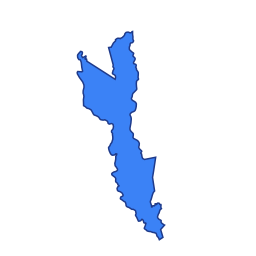 the district of Woodlands, Laborie, Saint Lucia, rotated 203°
{"feature_id": "8701671B68052266894517", "entity_name": "Woodlands", "entity_type": "district", "adm_level": 2, "iso_a3": "LCA", "parent_name": "Saint Lucia", "parent_adm1": "Laborie", "projection": "orthographic", "projection_center": [-60.983, 13.799], "detail": "fine", "context": "isolated", "style": "filled", "palette": "blue", "viewbox_px": 256, "rotation_deg": 203, "n_neighbors": 0, "source": "geoboundaries", "source_scale": "gbopen_adm2", "svg_char_len": 5817}
<svg xmlns="http://www.w3.org/2000/svg" viewBox="0 0 256 256"><g transform="rotate(203 128 128)"><path d="M65.7,66.8L66.2,67.1L67.0,68.4L67.5,70.0L67.8,70.4L68.6,70.1L69.0,70.1L69.5,70.7L70.1,70.9L71.3,70.5L71.7,69.8L71.7,69.0L71.8,68.8L72.2,68.9L72.7,69.2L73.4,68.8L73.0,67.4L73.2,66.8L74.7,66.1L75.0,65.8L74.8,65.5L74.9,65.1L75.4,64.0L75.4,64.4L75.7,65.0L76.1,65.8L76.8,66.6L77.7,67.6L78.3,68.3L78.8,69.2L78.8,70.7L78.8,71.4L79.4,76.0L79.5,78.1L79.2,79.8L78.9,80.4L86.1,92.1L87.4,97.5L91.1,111.9L100.5,105.5L102.2,105.6L102.7,105.8L103.2,106.3L103.8,106.9L105.4,109.4L106.3,109.8L106.5,110.4L106.2,111.5L106.2,111.8L106.5,112.2L108.0,112.8L109.3,113.3L110.3,114.1L110.7,114.6L110.8,115.3L110.9,116.2L111.3,117.5L111.6,118.3L112.8,119.4L114.1,120.1L115.2,120.3L118.7,120.6L119.6,121.1L119.9,121.8L120.1,122.8L120.7,124.4L121.2,125.0L123.2,125.8L124.4,126.4L125.1,126.9L125.8,127.8L126.2,128.9L126.8,131.6L127.3,133.8L128.5,137.5L129.1,138.6L129.9,139.6L130.9,140.4L131.3,140.9L131.4,141.2L131.5,141.9L131.4,142.4L131.0,143.2L130.8,143.8L129.1,145.5L128.7,146.1L128.4,146.7L128.3,147.4L128.4,148.8L128.8,150.9L129.5,152.9L129.8,153.6L131.0,154.6L131.6,154.7L132.2,154.9L134.6,155.2L135.2,155.4L136.2,156.1L136.5,156.9L136.4,157.4L136.4,158.3L136.5,158.8L136.9,160.2L137.0,161.0L137.0,161.7L136.5,163.0L135.3,166.1L135.1,166.7L135.1,167.1L135.4,167.8L136.4,169.5L137.8,172.3L137.9,173.0L138.3,173.6L138.3,174.3L138.3,174.8L138.0,175.8L137.5,176.4L137.4,176.7L137.4,177.0L137.8,177.7L138.1,178.0L138.4,178.3L138.7,179.0L139.3,180.9L140.0,182.6L140.3,183.1L140.8,183.6L142.6,184.7L142.9,184.9L143.7,186.3L144.7,187.0L144.7,188.2L144.9,188.8L145.2,189.3L145.4,189.4L145.8,189.6L147.8,189.5L148.0,189.6L148.3,189.9L148.5,190.6L148.5,191.3L148.3,193.0L148.3,193.7L148.4,194.4L148.6,194.7L149.1,195.2L149.8,195.5L151.2,196.0L151.5,196.2L151.8,197.0L151.8,197.4L151.9,198.8L152.0,199.0L152.4,199.2L153.6,199.4L156.0,200.2L157.2,200.7L157.6,201.1L158.4,203.0L158.4,203.4L158.4,204.7L158.8,205.8L158.9,206.9L158.8,207.2L157.7,208.0L157.3,208.3L157.1,208.6L156.9,209.6L156.9,210.4L157.7,211.1L158.3,211.9L159.1,213.9L160.2,215.7L160.7,216.7L160.9,217.3L161.5,218.6L162.0,218.1L162.1,217.4L162.5,216.9L163.0,216.5L163.5,216.4L164.8,216.4L165.4,216.3L166.5,215.7L167.2,215.1L167.5,214.2L167.7,213.3L167.5,212.5L167.6,211.7L167.9,210.6L168.2,210.2L168.5,209.2L168.9,208.7L169.7,207.9L169.8,207.5L170.1,207.2L170.6,207.3L170.9,207.2L172.4,206.7L172.6,206.5L173.2,205.9L173.6,205.1L174.0,204.6L174.0,204.2L173.8,204.0L173.5,203.5L173.6,203.0L174.4,201.2L174.5,200.8L174.7,200.2L174.9,197.3L175.1,196.2L175.0,195.9L177.3,194.5L166.2,180.2L166.0,179.2L165.9,178.7L165.7,178.4L165.3,178.1L164.9,178.0L164.4,177.5L164.0,176.9L164.2,174.6L163.9,173.9L164.0,173.2L163.6,172.1L163.0,171.8L161.1,171.6L160.0,171.1L159.3,169.9L159.0,168.8L158.9,167.8L192.0,173.4L192.3,174.1L193.2,175.3L193.6,175.1L194.0,174.7L194.3,174.7L194.6,175.0L194.6,175.6L194.4,176.9L194.5,177.3L195.0,177.8L197.1,175.1L197.4,175.1L198.2,175.7L199.2,176.6L199.3,177.0L199.0,177.9L199.3,179.4L199.9,180.1L200.5,180.2L201.1,180.1L201.7,179.9L201.7,179.6L202.5,177.4L202.9,175.7L202.7,174.8L201.8,173.1L200.0,171.8L198.7,172.1L197.8,171.4L196.6,170.0L194.3,165.9L192.0,162.6L192.4,161.7L196.3,160.4L196.5,159.4L195.8,158.1L192.4,155.5L187.7,152.7L185.4,150.4L184.4,148.3L183.8,144.7L182.9,142.5L182.0,141.5L180.9,139.8L180.1,136.6L177.6,131.2L175.5,130.9L174.4,130.5L173.7,130.3L173.3,130.2L172.1,130.5L170.9,130.5L169.0,130.2L168.0,129.5L165.7,127.6L164.7,126.9L164.3,126.8L163.5,126.8L162.5,126.9L160.2,126.8L159.0,126.4L157.0,125.1L156.3,125.0L154.8,125.3L154.0,125.6L153.2,125.9L152.8,126.4L151.9,126.5L150.0,126.3L149.3,125.9L148.8,125.5L148.3,124.7L147.8,124.4L147.5,124.3L146.8,124.3L146.4,124.5L145.2,125.5L144.6,125.7L143.5,125.6L143.2,125.5L143.0,125.3L142.6,124.6L141.9,123.6L141.7,122.6L141.5,121.7L141.5,121.1L141.6,120.6L141.9,119.6L142.0,119.1L142.0,118.8L141.8,118.4L141.6,117.9L141.4,117.7L140.2,117.0L140.0,116.7L139.7,115.7L139.0,114.7L138.4,113.6L137.7,111.9L137.5,110.7L137.5,110.2L137.3,108.6L137.3,108.2L137.8,106.3L137.7,105.0L137.9,103.8L138.3,102.6L137.7,101.4L136.8,100.2L136.1,99.4L134.0,97.5L133.0,97.0L132.1,96.8L131.4,97.0L130.1,97.8L129.6,98.5L129.2,99.5L128.6,99.7L128.2,99.7L128.0,98.9L128.1,98.0L128.2,97.1L127.4,95.3L127.1,94.4L126.5,91.8L126.4,90.5L125.4,88.7L124.9,88.1L124.0,87.7L123.0,87.0L121.8,86.3L121.3,85.4L121.4,84.6L121.6,84.1L122.4,83.1L123.8,82.0L124.9,80.5L125.1,79.5L124.6,78.7L124.1,78.4L120.9,77.6L119.7,76.9L119.3,76.1L118.7,74.4L118.4,73.9L117.9,73.5L117.0,73.3L115.9,72.8L115.4,72.2L115.1,71.8L114.2,71.5L113.7,71.3L113.7,70.9L114.4,69.9L114.5,68.2L114.1,67.5L113.4,66.6L113.2,66.4L112.3,66.1L110.2,66.3L108.8,66.0L108.0,65.8L106.6,64.7L106.3,64.3L106.2,63.5L106.8,62.6L107.5,62.0L107.6,61.8L107.6,60.4L107.5,60.2L107.1,59.7L106.0,59.6L102.7,58.8L101.8,58.8L101.2,58.4L100.0,56.9L99.6,56.1L99.2,55.6L98.6,55.3L97.9,55.1L96.1,55.2L95.3,55.1L94.7,55.0L93.3,54.7L92.6,54.7L91.3,55.2L90.6,55.1L89.0,54.9L88.4,54.4L88.1,53.7L87.7,53.3L87.2,52.6L87.1,52.3L87.1,50.9L86.9,50.5L86.5,50.2L85.0,49.1L82.2,46.5L81.7,46.4L81.1,46.8L80.4,47.3L80.1,47.6L79.8,48.5L79.7,49.2L79.4,49.4L78.8,49.4L78.2,49.0L77.7,48.7L76.4,47.0L75.8,46.9L75.6,47.0L75.4,47.2L75.0,47.3L74.8,47.4L74.5,47.4L74.3,47.3L73.9,44.6L73.9,42.2L73.6,41.8L73.1,41.6L71.2,41.2L70.5,40.8L69.2,40.8L67.8,41.1L66.8,41.5L66.3,41.5L65.7,41.5L64.2,41.6L63.8,41.7L63.3,41.9L63.2,42.0L62.7,42.1L62.2,41.9L61.6,42.1L61.2,42.1L60.4,41.5L59.1,39.9L58.4,39.5L57.5,39.2L56.6,38.5L55.5,37.4L53.1,41.0L58.3,47.3L56.4,52.9L56.7,52.9L59.1,53.4L60.0,53.7L60.4,53.9L60.8,54.4L61.2,55.4L61.4,55.8L61.7,55.9L63.9,56.1L64.6,56.4L65.6,57.0L65.9,57.4L66.2,58.1L66.4,60.5L66.2,61.8L66.5,64.3L66.5,65.0L66.2,65.9L65.7,66.8Z" fill="#3b82f6" stroke="#1e3a8a" stroke-width="1.5"/></g></svg>